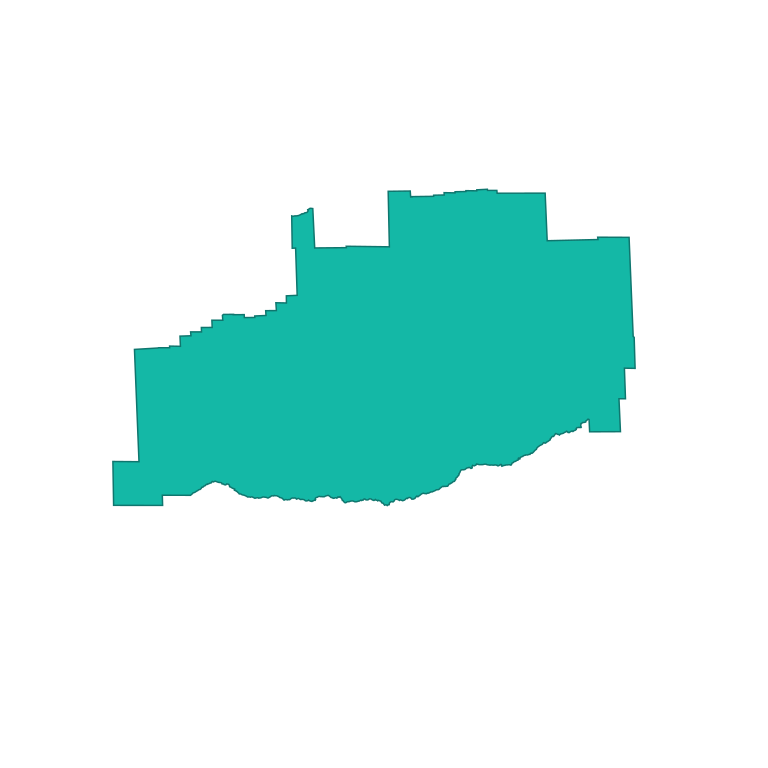 outline of Azul, Buenos Aires, Argentina, rotated 45°
{"feature_id": "61730980B4372559560876", "entity_name": "Azul", "entity_type": "district", "adm_level": 2, "iso_a3": "ARG", "parent_name": "Argentina", "parent_adm1": "Buenos Aires", "projection": "robinson", "projection_center": [-59.546, -36.837], "detail": "fine", "context": "isolated", "style": "filled", "palette": "teal", "viewbox_px": 768, "rotation_deg": 45, "n_neighbors": 0, "source": "geoboundaries", "source_scale": "gbopen_adm2", "svg_char_len": 6170}
<svg xmlns="http://www.w3.org/2000/svg" viewBox="0 0 768 768"><g transform="rotate(45 384 384)"><path d="M527.9,174.1L526.6,174.2L453.6,107.0L431.3,129.1L433.2,130.5L398.1,167.3L363.0,135.1L329.1,169.1L326.9,167.3L320.3,173.9L319.4,173.2L312.3,181.1L313.0,181.8L305.2,189.4L305.8,190.0L298.3,197.8L299.1,198.6L291.2,206.2L292.9,207.8L285.6,215.4L286.4,216.2L271.4,231.6L271.6,231.8L270.6,232.9L266.1,229.0L250.7,244.8L290.8,283.2L259.9,313.3L261.0,314.2L238.8,336.8L209.6,310.3L207.9,311.6L207.3,312.5L207.1,314.2L206.8,314.7L207.1,314.9L207.4,314.7L207.6,314.8L208.1,315.6L208.2,316.2L208.2,317.2L206.8,319.3L206.9,320.1L206.7,320.4L206.1,321.0L205.9,321.7L205.5,321.9L205.3,323.1L204.5,325.2L203.4,326.8L201.9,328.4L201.1,329.7L199.9,330.4L223.1,352.9L225.4,350.4L259.9,382.7L252.6,390.7L257.7,395.7L250.1,403.0L256.0,408.2L248.5,415.8L252.1,419.0L244.5,427.3L245.6,428.3L238.3,435.8L236.1,433.8L228.5,441.5L228.3,441.2L221.3,448.3L221.2,449.7L224.9,452.9L217.2,460.6L222.5,465.5L214.9,473.2L218.1,476.2L210.4,483.9L213.4,486.4L205.9,494.4L213.4,501.3L205.6,508.8L206.8,509.9L199.0,517.7L198.6,518.5L183.1,536.0L265.7,612.2L247.1,630.5L278.6,661.0L313.3,626.4L305.9,619.4L325.9,599.5L326.1,597.0L326.0,595.8L326.8,594.6L327.3,592.1L327.7,591.1L327.7,589.9L328.5,588.6L328.6,587.2L328.2,585.9L328.9,584.9L328.9,583.3L329.4,582.5L329.4,580.5L330.1,579.9L330.0,579.2L330.6,578.7L330.9,577.5L331.8,575.9L331.4,574.5L331.6,574.2L332.6,573.9L333.3,572.1L336.5,570.6L338.5,569.0L339.1,568.8L340.2,569.2L341.2,568.2L342.1,568.2L343.2,567.5L343.5,566.9L343.4,565.9L344.9,564.9L345.3,564.8L346.3,565.0L347.5,565.8L348.2,565.4L350.4,564.9L352.7,563.8L353.0,564.1L353.1,564.8L353.6,564.8L354.9,564.1L355.5,564.3L356.2,563.9L357.2,564.0L358.5,563.9L359.4,564.1L360.0,563.4L360.9,562.9L362.0,562.7L363.8,561.5L366.4,560.5L367.4,560.4L368.6,559.1L369.8,558.3L370.0,557.6L370.5,557.1L373.5,556.1L374.7,554.1L375.4,553.5L375.9,553.5L376.9,552.3L377.5,551.4L378.1,549.8L378.8,549.0L381.1,547.3L382.1,547.0L382.7,546.5L383.4,544.1L383.6,542.4L385.0,541.3L385.1,540.5L385.5,540.5L387.1,538.9L389.4,538.0L390.5,538.0L391.9,537.1L392.9,536.8L395.4,536.8L395.6,536.5L395.7,535.8L396.4,535.0L397.8,534.1L398.0,533.5L399.1,532.5L399.3,530.6L399.8,529.4L401.0,528.4L401.1,528.0L402.2,527.2L403.5,527.3L404.3,525.5L404.9,525.1L406.6,524.8L407.1,524.3L407.5,523.5L409.5,522.2L410.9,522.2L411.6,521.8L412.7,520.3L412.7,519.4L414.5,519.0L416.1,518.0L416.2,517.2L416.5,517.0L416.5,516.5L416.8,516.0L417.0,515.3L417.6,514.9L417.3,514.0L416.6,513.9L416.2,513.1L416.3,512.3L417.0,511.1L417.1,510.3L417.6,509.3L418.8,508.5L420.0,507.3L420.7,506.9L421.0,506.3L421.6,505.8L421.8,504.7L423.0,502.6L423.3,502.2L424.8,501.8L426.8,501.7L428.0,500.9L428.9,500.8L429.3,500.1L429.6,499.9L429.8,499.2L430.5,498.3L431.2,498.2L431.5,497.6L431.6,496.9L431.3,496.3L432.0,496.0L432.1,495.6L432.5,495.6L432.7,494.7L435.4,495.1L436.6,495.5L436.9,495.8L437.6,495.3L438.7,495.7L440.5,495.5L441.0,494.7L441.3,493.2L442.7,491.7L443.1,490.6L444.0,489.4L444.9,488.6L446.7,487.9L447.9,486.6L448.9,484.7L449.4,484.1L449.6,482.7L450.3,482.2L450.6,482.2L450.8,481.2L451.3,481.0L451.4,479.8L451.2,479.5L451.6,479.0L452.3,478.7L452.9,478.8L454.0,478.0L454.7,477.0L454.9,475.5L456.1,474.5L457.9,474.2L458.3,473.8L459.1,473.6L459.3,473.4L459.4,472.7L459.6,472.5L459.5,471.8L460.6,471.7L461.3,471.1L462.2,471.1L462.3,470.2L464.5,469.2L464.9,469.0L466.1,469.6L466.8,469.5L467.7,468.9L470.1,469.3L470.7,468.1L471.3,467.7L472.2,467.7L472.2,467.1L472.6,466.1L472.9,466.0L473.0,465.7L472.0,464.3L472.0,462.7L472.7,461.7L473.8,461.0L473.9,459.6L473.4,458.4L473.8,457.3L474.3,456.7L475.9,455.7L477.3,455.4L477.4,454.4L479.8,453.3L480.6,451.5L480.7,449.2L480.9,448.7L481.6,448.4L481.5,447.7L482.0,446.4L483.2,445.6L485.0,445.8L486.1,444.7L486.8,443.0L486.5,442.3L486.6,441.7L486.4,440.9L486.5,440.0L487.7,439.8L487.6,439.2L488.0,438.1L488.3,435.0L489.0,433.4L489.7,433.1L491.7,431.5L491.8,430.6L492.8,429.5L493.5,427.0L494.3,426.4L494.9,424.8L495.7,422.8L495.8,421.8L497.2,420.2L497.4,419.6L497.4,417.8L497.8,415.1L498.2,414.5L498.7,414.4L499.0,413.7L499.6,413.3L501.3,411.2L500.8,408.8L501.5,407.5L501.4,406.7L501.8,406.3L502.0,404.0L502.6,403.1L502.5,402.1L502.2,401.8L502.3,400.8L501.8,400.5L501.4,399.5L501.6,398.2L501.3,396.9L501.5,396.1L501.0,394.8L500.5,394.5L500.3,393.1L499.5,391.3L499.4,390.2L499.6,389.7L501.0,388.3L501.7,387.2L501.9,385.2L502.8,383.3L503.2,383.2L503.6,382.4L505.2,382.2L505.7,381.2L505.4,380.6L504.7,380.3L504.2,378.9L505.6,378.2L506.3,376.4L506.3,375.9L506.0,375.2L506.3,374.9L508.4,373.7L510.9,371.1L511.8,369.6L512.9,368.5L513.8,368.3L516.4,366.4L516.9,365.6L518.7,364.1L519.6,363.0L519.6,362.7L520.9,361.9L521.3,361.5L522.0,361.6L522.5,361.2L522.9,360.7L523.2,358.8L523.5,358.2L524.1,357.9L524.4,358.1L524.7,358.7L525.5,358.8L526.5,356.5L527.0,356.1L527.4,355.1L527.9,354.5L528.3,354.3L528.6,353.7L530.1,352.1L530.9,351.8L531.2,351.4L531.1,350.8L530.5,349.4L531.0,348.0L530.9,346.9L531.7,345.7L532.0,343.9L532.6,343.2L532.3,342.1L531.6,341.7L531.5,341.3L531.8,341.0L532.9,341.2L533.1,340.9L532.6,340.1L532.4,339.3L533.1,337.3L533.4,337.1L533.3,336.2L533.9,334.9L534.3,334.5L534.4,333.8L535.6,332.8L536.5,331.0L537.0,330.5L536.7,329.4L537.0,328.7L537.3,328.7L537.8,327.9L537.8,326.0L537.7,324.9L537.7,323.4L538.0,322.5L537.5,321.6L537.3,320.2L537.7,317.4L538.6,314.8L538.3,312.6L538.8,312.2L539.7,312.0L540.1,311.3L540.0,310.2L540.5,309.0L540.6,307.9L541.0,306.1L541.0,305.8L540.4,305.4L540.3,304.5L540.4,303.9L540.1,302.8L540.1,302.0L541.0,301.2L540.4,297.7L540.5,297.5L542.4,296.8L543.3,296.1L544.1,296.1L544.2,294.2L544.6,293.9L545.6,292.1L546.0,290.2L546.4,289.5L546.4,288.4L546.6,288.2L547.1,288.3L547.7,287.9L548.3,288.2L549.3,287.5L549.5,286.1L550.1,284.5L550.6,284.0L551.2,284.0L551.3,282.8L551.9,281.6L552.1,280.2L551.4,279.7L551.3,278.3L551.8,278.0L552.6,276.7L553.2,276.4L554.1,275.4L554.0,275.0L553.2,274.8L552.3,274.1L551.9,273.3L551.3,272.9L551.3,272.5L551.7,271.5L551.8,270.5L552.4,270.1L553.5,268.3L552.9,267.4L553.1,266.7L553.1,264.6L554.1,264.1L563.2,272.4L584.9,250.5L560.6,228.3L565.2,223.7L542.8,202.8L550.5,195.4L527.9,174.1Z" fill="#14b8a6" stroke="#0f766e" stroke-width="1.5"/></g></svg>